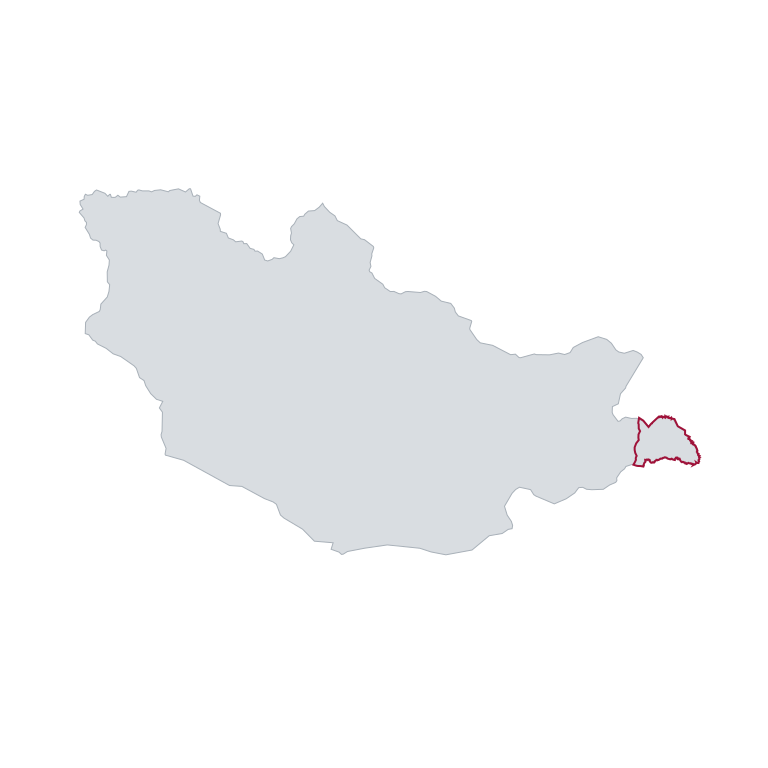 location of Xalx gol, Dornod, Mongolia, rotated 6°
{"feature_id": "93677404B3085807680593", "entity_name": "Xalx gol", "entity_type": "district", "adm_level": 2, "iso_a3": "MNG", "parent_name": "Mongolia", "parent_adm1": "Dornod", "projection": "albers", "projection_center": [119.062, 47.201], "detail": "fine", "context": "in_parent", "style": "outline", "palette": "rose", "viewbox_px": 768, "rotation_deg": 6, "n_neighbors": 0, "source": "geoboundaries", "source_scale": "gbopen_adm2", "svg_char_len": 8416}
<svg xmlns="http://www.w3.org/2000/svg" viewBox="0 0 768 768"><g transform="rotate(6 384 384)"><path d="M67.2,226.5L69.5,227.3L74.0,226.1L75.9,222.7L77.8,221.1L86.5,223.5L89.7,226.2L91.3,224.1L92.1,224.0L93.3,226.8L95.6,226.7L97.3,226.4L99.6,224.1L102.2,225.7L108.3,224.6L110.2,219.1L112.6,218.6L117.4,219.2L118.8,217.0L120.0,216.6L123.5,217.2L130.0,216.5L132.7,217.2L135.6,215.5L141.6,214.2L149.5,215.4L150.7,214.0L159.2,211.4L166.5,213.8L169.9,210.2L171.2,210.1L174.4,217.1L176.7,217.1L178.2,215.4L181.2,216.5L181.2,220.6L182.4,222.7L203.5,231.3L203.8,232.9L202.2,241.8L204.9,247.1L205.3,249.3L211.5,250.6L213.9,255.0L219.2,256.4L221.6,258.1L227.6,256.7L228.8,257.1L229.9,259.1L232.8,258.7L236.7,263.1L240.5,263.7L241.9,265.4L244.4,265.0L249.4,267.5L252.4,273.2L255.5,273.8L259.8,271.7L261.3,269.9L266.8,270.3L270.2,269.1L272.7,267.7L277.3,261.7L279.8,255.0L277.5,253.2L275.9,250.3L275.7,246.2L276.2,243.6L274.9,239.1L275.6,237.1L278.0,234.1L280.2,228.8L282.7,226.3L286.6,225.5L287.5,223.4L290.8,219.9L296.9,218.8L301.1,214.9L304.1,210.6L306.1,213.7L312.1,218.9L317.6,221.9L320.5,226.4L330.6,229.8L345.8,242.1L349.5,242.5L359.0,248.3L359.6,249.7L358.2,255.9L358.6,257.8L357.5,264.6L358.7,268.4L357.3,272.3L358.0,273.8L360.4,274.9L363.7,280.0L372.4,284.9L374.6,288.2L380.6,291.4L384.2,290.9L389.5,292.6L391.6,292.6L395.6,290.0L398.0,289.5L410.7,289.2L414.5,287.6L416.8,287.6L426.1,291.4L432.3,295.6L442.0,296.9L446.0,301.2L447.4,304.9L450.8,308.5L464.2,311.8L464.7,312.6L463.4,319.7L463.8,321.0L471.6,330.1L475.4,333.0L488.0,334.2L506.8,341.6L511.6,340.6L515.5,343.6L517.1,343.6L530.4,338.4L532.3,338.9L545.6,337.7L554.3,335.0L560.6,335.8L565.8,333.3L568.4,327.9L577.1,322.0L592.1,314.6L600.9,316.4L605.9,319.7L611.0,325.8L614.1,327.6L619.8,328.3L628.3,324.6L632.6,325.8L636.6,327.7L639.1,330.8L624.9,361.0L624.7,362.7L620.2,369.0L619.1,379.2L613.5,382.6L613.9,388.4L615.0,390.6L620.7,396.7L622.7,396.0L624.5,393.7L627.8,391.7L633.7,392.4L638.9,391.7L645.3,393.8L651.1,398.7L660.0,388.5L667.9,387.3L675.2,388.8L680.7,395.8L687.4,399.1L689.1,403.1L691.8,404.7L692.5,406.7L700.7,414.7L702.4,420.0L704.8,423.8L704.8,427.7L704.2,429.6L700.8,431.7L689.1,430.7L682.3,426.9L679.7,429.0L670.9,428.2L665.8,429.7L662.3,431.1L660.2,433.6L658.7,434.2L657.2,434.1L654.6,432.0L652.2,432.0L651.5,432.4L649.8,438.9L642.2,438.7L639.7,437.8L633.2,440.7L632.1,443.2L628.6,446.6L625.2,453.0L625.7,455.8L624.7,457.6L618.9,460.9L613.1,465.8L601.7,467.4L596.4,467.5L592.5,466.0L588.5,466.7L585.1,472.4L577.2,479.1L565.9,485.4L546.8,479.6L544.5,478.4L540.8,473.7L529.5,472.5L526.0,475.1L522.8,479.3L516.6,493.0L520.2,501.5L525.0,507.3L526.7,511.2L526.5,514.5L522.7,515.6L517.2,520.3L504.5,523.9L488.9,539.9L463.4,547.4L448.4,546.1L436.8,543.6L404.1,543.7L382.0,549.3L365.2,554.4L361.2,557.5L359.5,557.9L356.9,555.9L348.7,553.9L350.0,547.2L331.2,547.6L318.2,536.9L298.5,527.8L294.7,525.1L289.6,514.9L286.1,512.9L277.2,510.5L253.4,500.7L241.0,501.1L192.7,480.8L174.1,477.6L173.6,476.6L174.0,470.8L168.1,460.0L167.6,457.6L168.2,454.3L166.6,435.2L163.1,431.3L165.8,424.4L159.3,423.0L153.0,418.0L147.2,410.6L145.0,405.7L140.2,403.2L136.1,394.4L133.6,392.1L119.3,384.2L111.5,382.3L104.0,377.6L94.8,374.1L92.4,371.6L89.7,370.8L85.3,365.9L81.6,365.1L80.8,353.9L84.0,348.3L87.1,345.4L93.3,341.6L94.0,339.6L94.1,334.1L99.7,326.4L100.8,320.7L100.8,313.9L98.2,311.3L97.0,301.4L98.1,294.5L97.9,289.4L94.5,285.1L94.5,280.7L93.2,279.9L91.8,280.8L89.1,280.3L87.3,276.8L86.9,273.5L85.6,272.1L82.6,271.1L79.5,271.3L76.9,269.5L75.4,266.0L70.4,259.5L71.4,256.7L71.2,254.4L69.5,253.0L68.3,250.2L63.0,245.2L63.5,243.7L66.4,241.5L63.1,237.2L62.5,233.9L66.4,231.6L66.3,228.8L67.2,226.5Z" fill="#d9dde1" stroke="#a8b0b8" stroke-width="1"/><path d="M640.5,438.2L643.2,438.8L644.6,439.0L647.9,438.8L650.6,439.0L650.9,437.8L650.6,437.5L651.2,435.3L652.2,433.9L651.7,432.1L652.4,432.1L652.8,431.9L653.3,431.6L653.6,431.6L653.8,431.9L654.1,431.6L654.6,431.6L655.3,431.8L655.4,431.5L656.2,431.8L656.3,432.1L656.4,432.5L656.5,432.7L656.4,433.0L657.1,433.8L657.9,434.4L658.1,434.4L658.4,434.2L658.7,434.2L658.8,434.1L659.0,434.1L659.2,433.8L659.4,433.7L659.8,433.9L660.1,433.9L660.3,433.8L660.6,433.9L660.7,433.7L660.8,433.7L661.1,433.6L661.3,433.3L661.2,432.9L661.2,432.7L661.6,432.3L661.8,432.3L661.9,432.2L662.0,431.9L662.3,431.6L662.6,431.4L662.9,431.2L663.7,431.4L664.0,431.2L663.8,430.9L665.0,430.9L666.6,429.6L666.6,429.4L666.8,429.3L667.6,429.1L668.2,429.3L668.3,429.2L668.9,428.8L669.0,428.5L669.2,428.3L669.7,428.2L670.2,428.0L670.7,427.6L671.0,427.5L672.9,427.8L673.6,428.5L676.6,429.0L677.7,428.2L678.0,428.2L678.2,428.3L678.4,428.7L678.5,428.8L679.7,428.9L679.8,429.0L680.3,429.1L680.6,429.2L680.8,429.2L681.2,429.2L681.2,428.9L681.0,428.4L681.7,427.5L681.8,427.1L682.1,426.8L682.1,426.7L682.4,426.6L682.8,426.7L683.1,426.5L683.6,426.5L683.8,426.7L683.7,426.8L683.8,427.0L683.8,427.5L683.5,427.8L683.9,428.1L684.1,428.0L684.4,428.1L684.8,427.6L685.1,427.6L685.6,427.3L685.8,427.3L686.0,427.7L685.9,427.8L686.1,428.0L686.5,428.7L687.4,430.0L687.8,430.3L688.2,430.5L688.3,430.3L688.6,430.3L688.9,430.2L689.1,430.2L689.7,430.5L689.8,430.4L689.9,430.5L690.2,430.5L690.3,430.4L690.9,430.6L691.2,430.6L691.2,430.8L691.3,430.9L691.3,431.0L691.5,431.1L691.7,431.3L691.9,431.4L692.0,431.6L692.6,431.6L692.9,431.5L693.0,431.3L693.3,431.5L693.5,431.8L693.7,431.7L694.9,430.6L695.9,431.0L696.8,430.8L697.5,430.8L697.6,431.0L697.8,431.2L698.0,431.2L698.1,431.4L698.3,431.3L698.7,431.3L698.9,431.1L699.2,431.1L699.5,431.1L699.9,431.3L700.2,432.1L700.1,432.3L700.4,432.1L700.5,431.9L700.9,431.8L701.0,431.6L701.3,431.4L701.6,431.5L701.9,431.3L702.3,430.9L702.4,430.6L702.6,430.3L702.9,429.7L702.7,429.3L703.4,429.7L703.6,429.6L704.0,429.7L704.3,429.8L704.7,429.8L705.0,429.7L705.0,429.0L705.3,428.5L705.5,428.1L705.2,427.8L705.0,427.1L704.9,427.0L705.0,426.8L704.9,426.7L705.4,426.2L705.5,426.0L705.5,425.6L705.4,425.0L705.3,424.9L705.2,424.4L705.3,424.3L705.5,424.1L705.0,424.0L704.8,423.5L704.9,423.3L704.8,423.1L705.1,422.5L705.2,422.4L703.8,421.8L703.7,421.3L704.1,420.7L703.6,420.5L703.4,420.4L703.3,420.1L703.0,419.9L702.7,419.2L702.5,418.8L702.3,418.7L702.5,418.3L702.4,417.9L702.7,417.6L701.7,415.3L700.8,414.2L700.7,413.4L700.3,413.1L700.2,413.0L700.0,412.9L699.8,412.8L699.7,412.6L699.6,412.4L699.3,412.2L699.2,412.0L699.0,411.9L698.9,411.9L698.2,411.7L697.8,411.8L697.7,411.7L697.4,411.6L697.3,411.4L697.5,411.4L697.4,411.2L697.5,411.0L697.4,410.8L697.2,410.8L697.3,410.7L697.4,410.8L697.4,410.7L697.5,410.8L697.5,410.6L697.4,410.7L697.5,410.5L697.3,410.5L697.3,410.4L697.3,410.2L697.1,410.1L696.9,410.1L696.9,409.9L696.6,410.0L696.6,409.9L696.7,409.7L696.3,409.4L696.2,409.4L695.9,409.3L695.8,409.2L695.7,409.3L695.7,409.2L695.8,409.0L695.6,409.0L695.5,408.8L695.4,408.9L695.2,408.7L695.3,408.6L695.1,408.6L695.0,408.4L694.9,408.3L694.9,408.1L694.9,407.9L694.7,407.7L694.4,407.8L694.4,407.7L694.5,407.6L694.3,407.4L694.2,407.5L694.1,407.4L693.8,407.2L693.6,407.1L693.5,406.9L693.3,406.9L693.4,406.7L693.2,406.6L693.3,406.4L693.2,406.3L692.9,406.3L693.0,406.1L692.8,406.1L692.7,406.0L692.6,406.3L692.4,406.3L692.6,405.4L693.3,404.5L689.7,403.2L688.7,402.6L688.3,398.7L680.6,395.3L676.5,388.5L674.1,388.3L673.9,388.5L673.9,388.4L673.7,388.2L673.5,387.8L673.3,388.0L673.2,387.8L673.1,388.0L672.4,387.8L672.2,387.9L672.3,388.1L672.1,388.1L671.9,388.0L671.6,388.1L671.2,387.9L671.1,388.1L670.9,388.1L670.6,388.0L670.6,387.9L670.4,387.7L670.2,387.7L670.2,387.4L670.1,387.5L669.9,387.4L669.6,387.3L669.7,387.2L669.7,386.9L669.3,387.0L668.9,386.9L668.6,387.0L668.6,386.8L668.4,386.7L668.2,386.9L668.0,387.0L667.8,387.1L667.7,387.1L667.4,387.0L667.2,386.8L667.2,387.0L667.1,386.9L666.9,387.2L666.9,387.3L666.8,387.2L666.7,387.2L666.8,387.1L666.7,387.1L666.7,387.3L666.4,387.4L666.3,387.5L666.1,387.4L666.0,387.6L665.9,387.5L665.7,387.6L665.8,387.8L665.7,387.8L665.3,387.8L665.2,387.8L665.0,387.7L664.9,387.8L664.7,387.8L664.5,387.7L664.4,387.7L664.1,387.7L664.1,387.8L664.0,387.7L663.9,387.7L663.9,387.8L663.6,387.8L663.5,387.7L663.3,387.7L663.2,387.7L662.9,387.5L662.7,387.6L662.7,387.4L662.5,387.5L662.6,387.3L662.3,387.4L660.8,387.6L654.7,394.6L654.7,395.1L653.9,395.5L651.6,399.1L645.7,393.3L641.2,391.0L640.9,396.3L641.5,397.4L642.0,401.7L643.6,404.1L642.4,407.5L642.6,410.8L643.2,413.1L641.0,416.7L639.9,420.8L640.2,423.5L641.1,426.3L642.8,429.1L642.2,430.7L642.2,432.2L642.5,433.1L641.6,435.7L640.5,438.2Z" fill="none" stroke="#9f1239" stroke-width="2"/></g></svg>